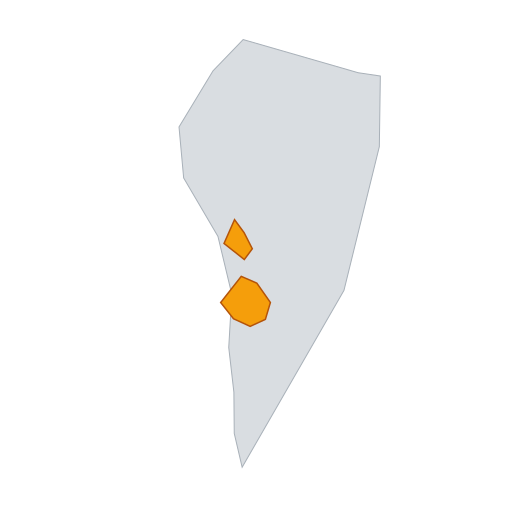 Liechtenstein, with Planken highlighted, rotated 191°
{"feature_id": "LIE-4901", "entity_name": "Planken", "entity_type": "state/province", "adm_level": 1, "iso_a3": "LIE", "parent_name": "Liechtenstein", "parent_adm1": "", "projection": "equal_earth", "projection_center": [9.551, 47.174], "detail": "fine", "context": "in_parent", "style": "filled", "palette": "amber", "viewbox_px": 512, "rotation_deg": 191, "n_neighbors": 0, "source": "natural_earth", "source_scale": "10m", "svg_char_len": 580}
<svg xmlns="http://www.w3.org/2000/svg" viewBox="0 0 512 512"><g transform="rotate(191 256 256)"><path d="M309.9,466.0L190.7,455.4L168.3,456.4L155.8,386.9L163.1,239.0L229.3,46.0L243.5,77.7L251.7,118.0L265.3,161.0L272.4,213.7L297.1,268.0L341.9,318.8L356.2,368.0L333.5,429.6L309.9,466.0Z" fill="#d9dde1" stroke="#a8b0b8" stroke-width="1"/><path d="M281.8,203.6L266.6,233.2L250.0,229.5L233.0,213.1L234.7,195.6L248.3,185.8L266.1,190.1L281.8,203.6ZM266.8,250.3L289.8,262.2L284.0,287.6L272.1,276.6L261.0,262.4L266.8,250.3Z" fill="#f59e0b" stroke="#b45309" stroke-width="1.5"/></g></svg>